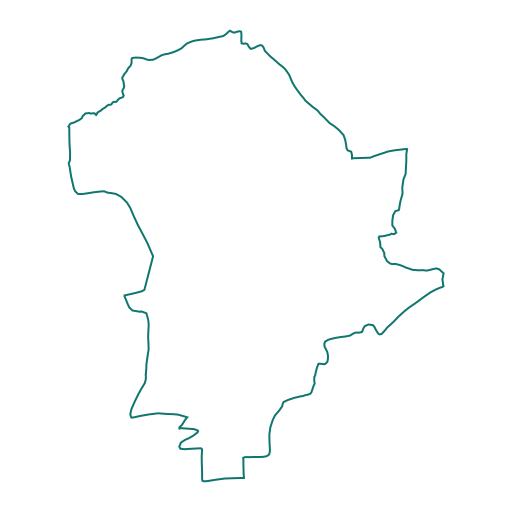 the district of Svay Antor, Prey Vêng, Cambodia
{"feature_id": "14789045B38642504760800", "entity_name": "Svay Antor", "entity_type": "district", "adm_level": 2, "iso_a3": "KHM", "parent_name": "Cambodia", "parent_adm1": "Prey Vêng", "projection": "albers", "projection_center": [105.453, 11.505], "detail": "fine", "context": "isolated", "style": "outline", "palette": "teal", "viewbox_px": 512, "rotation_deg": 0, "n_neighbors": 0, "source": "geoboundaries", "source_scale": "gbopen_adm2", "svg_char_len": 5326}
<svg xmlns="http://www.w3.org/2000/svg" viewBox="0 0 512 512"><path d="M243.9,478.0L243.8,476.3L243.7,474.7L243.6,472.1L243.5,468.4L243.4,463.9L243.4,460.2L243.2,457.9L244.5,457.2L246.5,457.1L250.5,457.1L255.0,457.0L259.6,457.0L263.8,456.8L266.9,456.1L269.0,454.6L269.8,452.0L269.9,448.7L269.6,444.4L269.4,438.9L269.4,434.0L270.4,427.1L272.8,419.9L275.0,415.4L279.1,410.7L282.1,406.4L282.7,403.9L283.6,402.0L288.2,399.9L294.4,397.8L300.4,396.4L303.0,396.0L305.2,395.2L308.2,394.6L310.5,393.6L311.5,392.1L312.6,388.7L313.7,385.6L314.7,383.6L314.2,380.3L314.3,377.1L315.1,375.5L315.9,371.7L317.1,367.2L318.5,363.8L320.2,363.7L323.8,364.2L325.3,363.9L327.3,361.9L327.9,359.2L328.0,355.8L327.3,352.1L325.9,349.2L324.6,346.7L324.3,343.9L325.1,341.6L328.4,339.7L332.4,338.6L336.7,337.7L340.9,337.0L345.4,336.5L350.0,335.6L353.2,333.6L355.7,332.6L359.6,332.6L362.1,331.9L363.3,328.6L364.8,326.1L368.6,324.5L373.0,325.2L374.4,326.9L375.8,329.7L378.2,333.6L379.7,334.4L381.6,334.0L385.0,330.3L387.4,327.3L389.4,325.6L393.6,321.7L398.6,316.5L404.6,311.1L409.2,307.4L414.7,303.7L419.4,300.3L420.4,299.5L425.5,295.8L430.6,292.3L435.2,289.8L439.3,288.0L442.3,287.0L443.5,286.2L443.2,284.9L442.8,282.0L442.4,279.2L442.7,277.9L443.6,273.3L442.1,272.0L439.2,269.3L436.3,268.4L432.6,269.2L428.8,270.2L426.5,270.6L424.9,270.4L423.7,270.2L421.9,270.2L418.8,270.3L416.1,270.1L412.9,269.9L409.0,268.6L406.0,267.6L402.5,266.0L400.0,265.1L397.4,264.4L395.3,263.9L391.9,264.1L389.8,263.3L387.0,261.1L386.2,259.5L385.6,258.3L384.4,256.2L384.3,252.9L383.4,251.3L382.4,249.1L380.4,247.1L380.2,243.4L380.1,242.3L378.7,237.5L379.3,236.4L381.5,236.4L384.7,235.9L387.8,235.1L390.3,234.5L391.4,233.7L394.0,234.2L396.2,232.7L394.9,228.9L392.3,225.4L392.4,220.2L393.1,215.2L395.3,211.2L398.8,210.1L399.2,208.7L399.5,206.2L400.4,201.3L402.5,193.9L402.3,187.5L403.5,179.2L405.6,174.0L405.9,168.5L406.3,161.1L406.3,154.2L407.1,149.1L406.0,149.0L395.4,150.2L390.5,151.0L387.7,151.6L385.7,152.3L374.4,156.0L372.2,156.9L370.1,157.7L353.8,158.2L352.0,158.5L352.0,155.1L351.2,151.7L347.6,150.3L346.5,148.2L346.1,144.6L345.1,139.5L343.5,135.0L338.7,129.8L334.3,126.2L329.6,123.1L324.1,117.4L323.3,116.6L320.4,114.0L317.7,110.6L312.8,107.0L305.5,100.8L303.1,97.5L302.4,96.8L301.2,95.4L299.7,93.4L297.0,89.8L294.8,86.6L292.3,82.4L292.1,81.6L291.3,80.1L290.2,77.3L289.2,74.9L287.3,72.1L284.9,68.9L282.7,66.8L279.4,64.3L276.8,62.0L273.1,58.7L270.5,56.6L267.7,53.8L264.9,50.9L263.5,47.4L262.1,45.6L260.4,45.1L257.1,46.3L253.9,48.1L250.8,48.9L249.2,47.3L247.4,44.1L245.6,43.4L243.4,43.8L241.6,43.3L241.3,40.5L241.4,37.4L241.4,33.8L241.1,31.7L240.1,31.3L238.4,31.4L236.0,32.1L234.2,32.6L232.4,32.2L231.0,31.3L230.0,30.7L228.3,31.9L226.7,33.5L224.7,35.1L223.1,36.1L219.5,36.8L216.5,37.5L213.1,38.3L210.2,38.7L207.3,39.2L204.4,39.5L200.9,39.7L198.3,40.1L195.4,40.5L192.5,41.2L190.0,42.2L187.1,43.4L184.3,45.7L181.5,48.3L177.8,50.3L174.3,51.8L171.4,52.8L168.4,53.7L164.3,54.4L161.5,55.3L159.6,56.4L157.1,57.8L155.5,58.7L153.8,59.4L152.6,59.8L151.3,59.8L149.9,59.9L148.8,60.0L147.1,59.6L146.1,59.3L144.9,58.8L143.8,58.4L141.3,57.9L138.7,57.7L136.7,57.6L135.4,57.6L133.7,57.8L132.0,58.2L131.6,59.0L131.5,60.4L131.7,62.1L131.4,63.5L130.8,65.2L130.3,66.1L128.9,67.4L127.7,69.1L126.7,71.2L125.6,72.6L124.2,74.2L123.4,76.0L122.2,77.7L122.4,79.0L123.3,81.0L123.8,83.1L123.7,84.1L124.2,85.8L123.9,87.8L122.4,90.4L122.3,91.4L123.1,94.3L123.7,95.6L122.9,97.1L121.8,97.6L119.2,98.5L117.7,100.1L116.5,101.7L114.9,102.0L113.6,101.8L112.4,102.7L112.0,103.6L111.2,104.5L110.0,104.8L108.4,104.8L106.6,106.2L105.2,107.4L103.5,108.5L102.4,109.1L101.4,110.0L100.5,110.8L99.2,111.5L98.1,112.2L97.3,112.8L96.8,114.1L96.1,115.0L95.4,114.4L94.7,113.4L93.5,113.2L91.6,113.5L90.4,113.5L89.3,113.0L87.2,113.3L85.5,113.4L84.8,113.9L84.1,114.9L83.2,115.5L82.4,116.6L82.0,117.8L80.5,119.2L78.6,120.3L76.9,121.1L75.8,121.6L74.4,122.4L72.3,123.0L71.4,123.2L70.0,124.0L69.2,125.5L68.4,126.6L69.3,127.8L69.3,131.9L69.5,144.0L70.1,153.0L70.0,160.3L68.7,163.2L69.6,166.8L71.1,176.4L73.9,188.6L75.2,191.3L77.0,193.0L77.9,193.9L81.8,194.1L88.2,193.2L94.3,192.2L100.6,191.5L104.1,191.3L107.7,192.7L109.7,192.9L111.3,193.1L115.8,193.9L121.2,196.8L127.0,202.6L130.3,208.0L133.2,214.9L137.9,225.1L142.2,233.1L147.5,243.3L150.9,251.3L152.4,254.7L153.1,256.2L144.4,289.8L142.0,291.2L137.3,292.5L131.6,293.9L127.7,294.7L125.6,295.3L124.6,295.4L124.5,296.5L125.8,299.3L127.5,303.6L129.3,307.5L132.5,310.5L136.6,311.2L140.4,311.8L141.2,311.4L144.3,312.5L146.3,313.2L147.2,316.0L148.3,320.4L148.7,325.3L148.4,330.1L148.1,337.4L148.5,343.8L148.6,349.6L147.8,354.5L147.0,360.2L146.4,364.3L146.3,368.8L146.0,371.8L146.0,373.6L145.6,374.4L145.9,375.8L145.8,379.3L144.8,383.1L142.0,387.7L138.6,393.7L135.1,400.8L131.4,409.2L130.3,414.1L130.9,416.6L131.5,417.6L133.8,417.4L139.9,416.0L149.1,414.4L158.2,413.3L165.9,413.9L173.4,414.2L177.9,414.6L184.3,416.4L187.2,417.3L185.2,419.8L183.1,423.1L182.0,424.9L179.4,427.3L179.4,428.5L181.8,428.2L186.8,428.6L193.9,429.1L197.8,430.5L198.1,431.6L196.9,432.9L193.2,435.7L189.1,438.1L185.2,439.8L180.9,442.6L179.3,446.6L180.3,448.7L184.3,449.2L190.9,448.8L196.2,448.5L200.9,448.3L202.1,449.3L201.7,456.6L201.8,463.6L202.1,471.8L202.1,478.4L202.4,480.8L203.8,481.3L207.3,481.1L215.3,479.8L225.0,478.5L233.9,478.2L239.9,478.0L243.9,478.0Z" fill="none" stroke="#0f766e" stroke-width="2"/></svg>